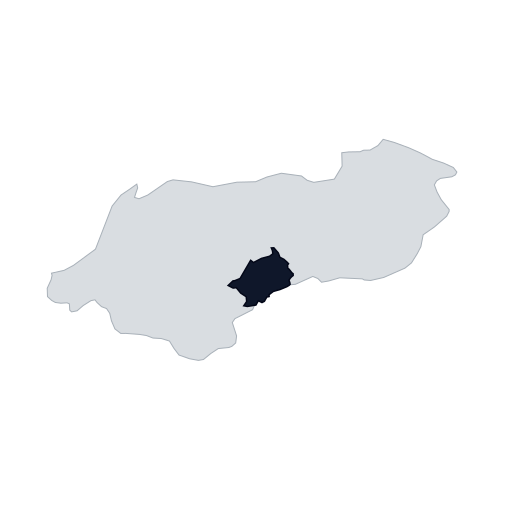 Librazhd, Elbasan, Albania (highlighted), rotated 80°
{"feature_id": "67620474B87569046172350", "entity_name": "Librazhd", "entity_type": "district", "adm_level": 2, "iso_a3": "ALB", "parent_name": "Albania", "parent_adm1": "Elbasan", "projection": "albers", "projection_center": [20.392, 41.155], "detail": "fine", "context": "in_parent", "style": "filled", "palette": "ink", "viewbox_px": 512, "rotation_deg": 80, "n_neighbors": 0, "source": "geoboundaries", "source_scale": "gbopen_adm2", "svg_char_len": 2143}
<svg xmlns="http://www.w3.org/2000/svg" viewBox="0 0 512 512"><g transform="rotate(80 256 256)"><path d="M169.2,153.6L169.6,146.6L171.4,135.4L170.5,131.7L171.5,125.3L168.4,116.7L163.2,110.5L168.4,99.7L176.0,86.7L183.0,76.3L191.4,65.6L197.0,55.2L203.1,46.3L208.2,43.6L210.7,45.5L212.0,49.4L211.6,61.0L213.4,65.1L216.9,68.0L224.4,66.6L232.7,63.8L243.8,57.7L245.7,58.1L249.9,61.3L258.4,75.3L264.1,87.7L275.4,92.0L281.7,96.8L289.8,104.1L293.8,111.4L299.3,133.9L300.0,147.4L298.4,153.6L297.0,155.2L292.0,177.3L293.2,188.6L293.2,196.0L288.9,199.0L286.0,203.6L290.7,222.0L290.1,229.9L290.4,238.9L298.8,259.4L303.8,265.7L308.3,268.7L314.0,287.6L317.4,290.9L331.3,289.0L338.1,291.1L340.8,295.5L341.4,298.6L340.6,309.2L344.1,317.3L348.8,325.7L348.8,330.8L345.7,339.2L340.2,349.0L332.8,352.8L324.7,356.0L320.8,363.7L318.9,371.7L315.3,377.7L313.0,384.3L309.6,397.7L308.8,402.6L303.3,407.6L294.7,409.6L287.0,410.0L281.8,412.3L279.1,416.9L274.2,420.6L271.2,422.2L271.3,426.3L274.8,434.8L278.9,441.7L279.0,447.3L277.0,448.8L270.7,448.1L269.3,450.2L268.6,456.4L266.9,461.7L264.3,464.9L259.8,468.4L251.5,467.2L243.8,461.9L239.7,460.2L237.4,460.4L236.8,447.4L233.5,437.3L221.4,412.9L181.8,389.0L172.5,378.3L168.5,369.3L164.5,360.9L168.4,360.7L172.3,362.9L177.2,365.5L179.3,361.3L177.2,352.1L167.3,330.4L166.6,324.5L171.8,306.6L180.3,286.4L180.0,262.0L182.8,243.5L180.1,231.5L178.9,216.7L185.1,197.3L190.3,192.5L193.5,186.3L193.9,165.5L182.5,155.6L169.2,153.6Z" fill="#d9dde1" stroke="#a8b0b8" stroke-width="1"/><path d="M264.1,229.1L261.4,232.7L256.9,233.5L251.0,237.0L250.7,239.5L253.6,238.9L256.7,239.0L258.6,242.7L259.3,251.0L262.0,259.6L259.3,262.0L275.4,275.6L276.6,281.2L276.5,283.0L280.2,288.6L283.6,284.1L283.8,280.9L289.9,277.5L294.4,272.7L299.2,273.1L302.9,276.7L304.2,273.3L304.3,264.6L300.5,261.5L302.9,258.2L302.1,255.6L298.3,252.5L298.2,250.1L296.4,249.9L293.9,245.1L293.2,238.2L291.6,231.0L290.7,228.6L289.8,227.3L288.0,227.3L285.5,227.7L283.8,226.1L282.6,224.5L281.7,222.8L279.9,222.5L278.7,223.6L276.8,224.6L274.6,225.8L273.7,226.8L270.3,226.5L269.3,225.3L267.8,226.2L264.1,229.1Z" fill="#0f172a" stroke="#020617" stroke-width="1.5"/></g></svg>